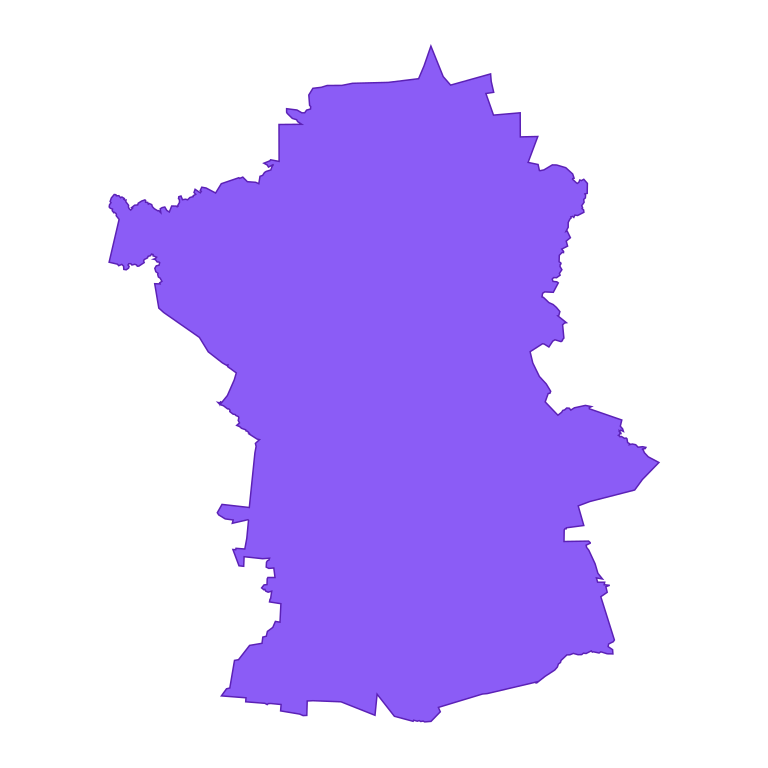 Guanajuato, Guanajuato, Mexico
{"feature_id": "50627088B24984367263380", "entity_name": "Guanajuato", "entity_type": "district", "adm_level": 2, "iso_a3": "MEX", "parent_name": "Mexico", "parent_adm1": "Guanajuato", "projection": "robinson", "projection_center": [-101.294, 21.026], "detail": "fine", "context": "isolated", "style": "filled", "palette": "violet", "viewbox_px": 768, "rotation_deg": 0, "n_neighbors": 0, "source": "geoboundaries", "source_scale": "gbopen_adm2", "svg_char_len": 6056}
<svg xmlns="http://www.w3.org/2000/svg" viewBox="0 0 768 768"><path d="M181.0,196.0L178.8,196.7L178.5,198.7L179.4,199.5L179.5,202.4L177.8,205.4L178.0,206.2L177.1,206.8L176.3,206.1L171.7,206.0L169.3,212.0L166.8,210.4L164.8,207.0L162.1,207.6L160.2,208.8L160.8,212.7L158.7,210.6L157.8,210.8L154.3,208.7L152.4,206.7L151.7,204.6L149.2,203.5L148.3,204.1L147.7,202.4L145.6,202.3L145.6,200.4L144.9,199.9L141.7,201.0L138.2,203.2L137.7,204.9L134.6,205.2L131.6,207.6L132.6,208.1L130.7,210.1L129.1,208.6L128.4,207.0L128.6,205.3L125.8,201.7L126.0,200.0L125.1,200.2L123.8,199.2L124.3,198.5L121.9,197.0L120.6,197.7L118.9,195.7L116.3,195.8L115.9,194.7L114.2,194.5L111.3,198.0L110.1,201.5L111.0,202.7L109.5,204.8L109.2,207.0L110.3,208.3L112.5,209.1L112.2,210.7L113.8,212.7L114.2,212.3L115.8,213.3L116.4,214.2L116.2,215.7L119.1,219.4L109.1,262.2L117.5,264.2L118.7,265.7L121.8,264.4L123.6,266.2L123.8,269.4L126.2,269.8L128.6,268.1L129.1,266.4L128.0,265.0L128.8,263.7L130.8,263.7L131.9,265.0L134.7,264.3L136.5,264.9L137.3,266.2L138.9,266.1L144.2,262.6L143.6,260.9L144.3,259.5L147.5,257.9L148.1,256.3L150.5,255.7L151.5,254.1L153.1,254.5L153.0,255.8L156.6,257.2L155.4,258.6L153.6,259.2L155.4,259.6L157.2,262.0L158.8,262.0L159.7,262.7L159.0,265.2L156.3,265.8L154.8,268.3L155.8,271.7L158.0,273.3L157.7,274.5L158.4,277.0L160.1,278.1L161.9,281.3L159.7,282.8L160.1,283.9L154.7,283.7L158.8,308.1L163.7,312.5L199.4,337.4L208.3,351.9L222.4,362.9L226.6,365.3L227.9,364.9L227.6,366.6L236.3,372.9L234.2,380.0L227.4,395.5L220.5,404.0L220.9,401.3L219.8,402.9L218.0,402.5L220.0,404.6L223.4,405.7L227.6,408.9L228.7,408.8L230.0,410.2L229.8,411.6L233.0,414.1L235.3,414.6L235.9,415.5L238.4,416.6L238.8,417.8L238.2,420.5L239.5,422.9L236.7,425.4L239.6,426.6L241.5,428.3L245.7,429.8L246.0,430.9L247.5,431.3L249.8,434.0L249.3,434.1L257.1,439.1L259.5,439.6L255.4,443.4L256.1,446.4L254.9,452.9L249.3,507.5L222.0,504.4L217.3,512.7L218.7,514.9L225.2,518.9L233.2,520.0L232.3,523.3L247.9,519.7L248.5,520.3L246.8,538.2L244.8,549.0L236.0,548.3L235.7,549.7L232.9,549.5L239.0,565.8L243.7,566.3L244.1,556.7L262.6,558.7L269.6,558.2L268.9,560.1L267.5,560.7L266.5,562.2L266.2,567.1L268.8,568.4L273.8,568.0L275.0,577.5L267.9,577.5L267.2,578.8L267.0,584.6L264.0,584.9L261.6,587.9L263.9,589.8L264.8,589.3L265.7,591.1L268.1,592.2L271.7,591.2L270.6,598.7L270.0,599.2L269.5,601.9L280.9,603.7L280.0,622.2L275.4,621.4L272.8,627.4L267.4,631.4L266.3,636.2L262.8,637.1L262.0,643.3L249.6,645.4L238.5,659.7L234.5,660.4L229.8,688.0L226.5,688.8L221.4,695.9L246.0,697.8L245.7,701.8L264.8,703.3L267.2,704.6L268.3,703.6L270.8,703.5L281.1,704.5L280.6,710.9L299.7,714.1L303.1,715.6L306.8,715.4L307.2,701.0L312.9,700.7L341.0,701.8L375.0,715.3L377.1,694.2L394.4,716.3L413.1,721.3L413.7,720.2L417.3,721.2L419.2,720.6L420.7,721.5L423.1,721.1L424.7,721.9L431.0,721.4L440.3,711.8L438.4,707.4L482.6,694.0L487.2,693.6L536.8,681.9L536.4,682.9L536.9,682.8L545.0,676.4L554.8,670.0L557.4,667.0L558.4,664.0L560.5,662.5L561.0,660.5L566.9,654.9L569.9,654.8L573.3,653.4L578.0,654.7L581.7,654.6L583.4,653.2L586.1,653.5L591.3,650.9L592.3,652.1L593.4,651.8L599.1,653.0L600.8,651.8L607.2,653.8L612.9,653.9L612.6,649.7L608.1,646.6L608.6,644.0L613.3,641.7L614.4,640.0L600.8,596.7L607.2,592.3L605.9,586.7L609.7,585.3L604.2,584.7L604.7,582.2L597.6,582.2L596.4,577.9L602.5,579.0L597.9,573.3L595.1,563.8L588.8,550.2L586.6,547.4L586.1,545.2L590.2,543.2L590.2,542.6L588.6,541.1L564.0,541.5L564.2,530.0L564.9,528.8L566.2,528.8L566.3,527.8L583.8,525.5L578.2,505.9L589.9,501.5L634.7,490.0L642.4,479.5L658.9,462.5L648.2,456.8L644.4,452.7L643.0,449.5L641.9,449.1L645.2,448.6L645.9,447.4L642.6,446.7L638.1,447.2L635.7,444.7L632.3,444.0L629.3,444.7L629.6,443.7L627.6,442.5L627.0,438.8L626.1,438.0L624.6,438.4L621.5,436.5L619.3,436.8L620.0,436.5L618.4,435.3L619.7,434.6L619.9,433.2L620.9,433.4L620.5,432.3L619.2,431.5L619.2,430.7L619.6,431.1L620.9,430.2L623.4,431.4L622.6,428.8L620.3,426.2L621.8,420.0L589.4,408.8L589.3,407.6L591.4,406.6L585.4,405.4L574.4,407.8L570.8,410.1L569.3,408.2L566.7,408.0L564.6,409.9L562.8,410.4L561.6,412.3L557.9,415.2L545.2,401.9L548.2,393.5L549.9,393.3L550.7,391.3L546.3,384.0L539.4,376.5L532.8,363.0L530.1,351.7L542.6,343.7L544.3,344.1L548.9,347.0L552.7,341.2L554.9,339.8L561.0,341.6L562.4,340.7L562.5,339.7L563.9,338.1L562.6,324.8L564.6,323.0L566.4,322.7L557.8,315.8L558.8,315.5L559.9,311.6L556.4,307.4L553.1,304.5L548.9,302.6L543.5,297.4L542.0,296.9L542.6,293.3L544.7,291.9L553.3,292.3L558.3,282.9L556.8,281.8L553.0,281.4L552.2,279.1L553.6,277.6L556.6,277.7L560.1,275.2L559.4,273.4L561.9,269.7L560.0,266.5L560.1,264.8L561.0,263.8L560.8,262.9L559.1,261.7L559.3,255.3L562.0,252.5L563.5,252.6L563.6,251.5L561.7,249.1L567.6,246.1L566.2,241.1L570.4,237.7L567.2,231.1L565.9,231.5L568.2,227.3L568.2,222.5L569.9,219.1L571.1,218.0L570.8,216.9L572.6,216.4L573.8,217.4L574.9,215.1L577.6,215.5L583.9,212.3L583.6,209.9L582.1,208.6L582.6,207.7L581.7,205.7L584.1,202.3L583.7,199.4L585.4,197.9L585.6,195.1L584.9,193.9L587.2,193.4L587.4,183.4L583.8,179.3L581.4,180.6L579.8,180.0L578.9,182.2L577.4,183.4L576.7,183.1L572.5,179.2L572.7,178.5L574.1,178.2L572.7,174.0L565.8,167.7L556.7,165.0L552.3,164.9L543.9,169.9L540.0,170.7L539.4,170.5L538.1,164.5L528.1,162.4L537.8,136.5L520.3,136.9L520.2,112.8L493.5,115.1L485.9,93.5L493.7,92.3L491.2,81.3L490.6,73.9L450.6,85.1L443.2,76.6L430.9,46.1L424.0,66.0L418.6,78.7L388.3,82.4L352.5,83.3L341.9,85.4L327.1,85.5L321.3,87.3L312.9,88.3L308.8,95.0L309.6,105.4L310.7,106.6L310.5,109.0L306.6,110.1L304.7,112.8L301.8,112.8L297.0,110.0L286.6,108.7L286.6,112.2L287.2,113.4L292.3,118.4L296.6,119.7L297.6,121.6L301.7,124.3L279.0,124.5L279.1,161.4L270.6,159.8L269.9,160.8L263.9,163.2L267.2,165.0L268.5,167.1L273.5,164.4L272.0,166.6L270.8,170.0L266.2,171.4L264.5,172.5L262.6,175.4L260.0,176.3L258.8,183.7L255.7,182.3L247.4,181.7L242.8,177.1L239.6,178.4L238.9,177.7L221.3,183.7L215.6,193.0L206.1,188.0L201.8,187.2L200.2,190.5L201.3,191.3L200.3,192.8L195.1,189.3L194.0,192.5L195.7,194.3L193.2,195.7L193.2,196.6L189.9,197.5L187.6,199.8L185.6,199.2L182.5,199.7L181.0,196.0Z" fill="#8b5cf6" stroke="#5b21b6" stroke-width="1.5"/></svg>